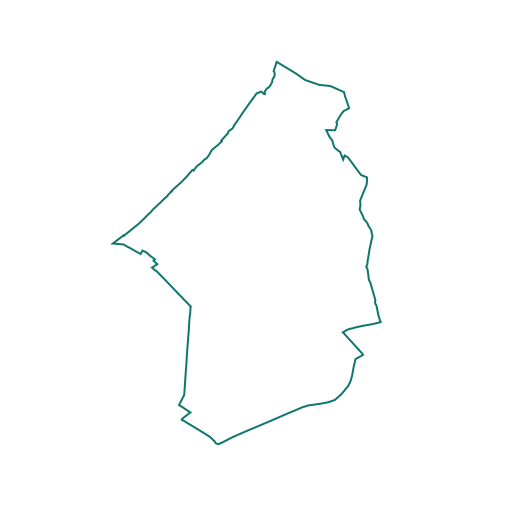 the district of La Paz, México, Mexico, rotated 289°
{"feature_id": "50627088B44247269931048", "entity_name": "La Paz", "entity_type": "district", "adm_level": 2, "iso_a3": "MEX", "parent_name": "Mexico", "parent_adm1": "México", "projection": "robinson", "projection_center": [-98.953, 19.364], "detail": "fine", "context": "isolated", "style": "outline", "palette": "teal", "viewbox_px": 512, "rotation_deg": 289, "n_neighbors": 0, "source": "geoboundaries", "source_scale": "gbopen_adm2", "svg_char_len": 5027}
<svg xmlns="http://www.w3.org/2000/svg" viewBox="0 0 512 512"><g transform="rotate(289 256 256)"><path d="M145.5,377.4L147.9,378.7L150.2,380.1L151.3,380.7L152.1,381.1L152.5,381.4L152.8,381.5L153.1,381.7L163.2,385.5L168.1,386.1L171.2,386.0L174.3,385.8L183.1,384.4L191.0,383.7L192.6,385.2L197.4,389.4L198.7,387.6L199.9,385.3L200.6,384.0L201.7,382.1L202.8,380.1L204.1,377.7L206.3,373.8L206.5,373.4L208.0,370.5L208.6,369.5L210.5,366.0L210.6,365.9L212.1,363.0L215.8,366.1L216.5,366.9L217.6,368.4L219.4,371.3L221.3,374.0L224.2,378.8L226.5,382.9L229.5,388.3L232.1,392.4L233.1,394.0L233.7,394.9L234.0,395.4L234.6,395.2L235.6,394.1L240.3,390.7L242.0,389.7L248.4,386.0L249.0,385.4L249.3,384.7L249.6,384.5L251.3,383.4L252.8,383.4L253.9,382.7L260.8,377.9L268.3,372.6L269.6,371.1L270.9,370.1L272.6,369.3L274.3,368.6L275.7,367.8L277.1,367.1L278.6,366.4L280.3,365.3L280.7,365.0L281.7,363.7L284.5,364.0L287.4,363.2L287.8,363.1L291.1,362.6L292.4,362.4L294.2,362.1L297.6,361.5L298.1,361.3L312.9,359.6L314.5,358.3L317.1,357.1L319.2,355.1L320.6,353.0L323.1,350.8L324.3,349.2L326.1,345.9L328.2,344.4L333.7,338.9L337.9,338.3L342.0,336.5L342.1,336.4L348.6,336.7L354.4,337.1L359.9,337.3L363.9,336.3L366.5,335.2L366.8,328.9L371.2,322.4L373.9,318.6L379.2,310.8L379.9,307.1L375.5,307.0L381.8,301.7L382.5,299.0L384.0,295.1L385.8,293.4L390.4,290.3L391.0,288.9L392.8,286.5L397.9,281.4L400.6,289.8L402.8,289.9L407.2,289.8L408.5,288.5L413.6,289.4L417.7,290.3L421.6,291.7L426.1,295.9L432.7,290.8L436.0,288.2L439.6,285.9L440.9,271.0L438.4,260.1L438.4,245.2L441.6,234.1L446.3,212.3L440.6,212.5L436.5,212.5L435.6,213.7L433.4,214.7L431.8,214.8L430.8,214.8L429.6,214.3L428.0,214.2L426.4,214.5L425.2,214.5L424.1,214.4L422.7,214.0L421.8,214.1L420.8,213.5L419.6,213.2L418.4,212.1L416.5,211.3L415.5,211.1L415.0,210.9L414.6,210.8L414.2,210.8L413.4,211.1L411.9,211.7L411.8,211.2L411.8,210.8L411.9,210.4L412.2,209.7L413.0,208.2L413.1,207.8L413.1,207.3L412.8,206.8L410.9,205.0L410.1,203.7L405.9,202.4L398.0,200.0L387.7,197.0L386.0,196.5L384.6,196.1L383.9,196.0L381.3,195.3L375.2,193.6L371.7,192.6L371.2,192.8L370.5,192.6L370.0,192.4L369.0,192.3L368.0,191.5L366.7,190.8L366.0,190.1L365.1,189.5L362.8,189.4L353.9,185.6L353.4,186.4L351.3,185.3L350.9,185.1L350.5,184.9L349.4,184.3L348.4,183.8L348.2,183.7L346.0,182.2L344.1,181.0L343.3,180.5L342.7,180.3L341.6,179.8L340.9,179.4L340.1,179.3L336.9,178.9L336.0,178.7L334.1,178.0L333.3,177.9L332.4,177.5L330.8,176.2L329.0,175.1L328.1,174.9L327.8,174.8L327.0,174.5L326.5,174.1L326.0,173.7L325.5,173.5L322.6,171.4L320.9,170.6L318.0,169.6L316.5,169.3L316.7,167.9L313.0,166.4L309.6,165.1L301.8,161.5L300.7,160.9L294.5,157.4L292.4,156.2L290.8,155.5L289.3,154.7L289.2,155.0L285.1,152.8L283.6,152.7L282.0,151.5L281.6,151.3L280.7,150.8L279.9,150.4L278.4,149.7L277.9,149.5L276.6,148.8L274.8,147.9L273.1,146.9L271.8,146.3L270.1,145.4L267.5,144.0L266.4,143.4L264.8,142.8L263.3,142.2L262.3,141.8L261.0,140.9L260.6,140.7L260.3,140.6L257.7,139.3L254.7,137.9L249.2,135.1L248.8,134.9L232.1,124.5L232.4,124.0L232.2,123.9L221.2,116.6L223.5,125.9L223.8,127.0L222.7,132.4L222.8,132.8L222.2,136.1L221.8,138.1L220.7,143.9L220.5,145.4L220.3,146.2L221.5,146.4L222.0,146.5L224.2,146.9L224.1,147.9L223.9,149.0L223.8,150.2L223.5,152.1L223.2,152.3L222.2,154.9L222.0,155.1L221.6,156.2L220.8,158.8L219.9,161.5L218.6,160.9L218.1,160.7L217.8,161.5L217.5,162.2L217.1,163.3L216.2,165.4L215.3,164.8L214.0,163.6L213.0,162.9L211.2,161.4L210.1,163.9L209.5,165.3L209.6,166.1L208.2,169.2L206.5,172.5L205.7,174.2L204.9,175.8L204.6,176.4L203.8,177.9L197.8,189.5L197.0,191.1L194.9,195.1L193.6,197.7L192.4,200.1L191.9,200.9L187.0,210.8L185.7,210.9L184.0,211.4L180.1,212.5L179.2,212.7L178.2,212.9L177.7,213.0L177.1,213.1L176.6,213.2L174.5,213.7L174.2,213.8L173.3,214.0L169.9,214.9L169.7,215.0L167.5,215.6L166.9,215.8L164.8,216.4L163.1,216.8L162.6,217.0L161.7,217.2L161.0,217.4L159.9,217.6L159.0,217.9L157.4,218.3L157.2,218.3L156.9,218.4L156.0,218.6L154.4,219.1L153.4,219.4L152.2,219.6L151.1,219.9L149.6,220.3L149.0,220.5L148.1,220.7L146.0,221.3L145.1,221.5L144.2,221.7L143.1,222.1L142.9,222.1L141.0,222.6L139.5,223.0L139.0,223.1L138.5,223.3L134.9,224.3L132.8,224.9L131.8,225.2L131.3,225.3L130.9,225.4L129.3,225.8L128.6,226.0L126.8,226.5L125.5,226.8L124.8,227.0L123.2,227.4L121.4,227.9L120.7,228.1L118.8,228.6L116.7,229.2L114.8,229.7L114.7,229.8L114.4,229.8L112.9,230.2L112.7,230.3L111.4,230.6L110.7,230.8L109.9,231.0L108.6,231.4L108.4,231.4L107.2,231.8L106.5,232.0L105.9,232.1L102.9,232.9L100.9,233.4L99.6,233.1L97.7,232.8L96.4,232.7L94.6,232.4L94.3,232.4L91.6,232.0L90.0,231.8L89.5,234.0L89.0,236.2L88.5,238.0L86.7,244.9L85.4,244.0L83.7,242.9L80.4,240.7L78.7,239.6L78.3,239.4L76.2,238.8L76.6,239.2L76.8,241.3L76.3,242.7L74.7,250.4L72.4,261.0L70.0,271.3L67.2,277.4L66.2,278.3L65.8,279.6L65.7,281.5L66.8,282.8L68.9,285.0L73.8,289.7L77.9,293.7L85.2,301.6L91.2,308.3L94.8,312.3L99.3,317.3L105.4,324.1L107.9,326.8L113.0,332.4L117.2,337.0L123.6,344.2L127.9,348.9L131.8,354.2L134.3,359.2L137.1,364.6L140.9,371.4L145.5,377.4Z" fill="none" stroke="#0f766e" stroke-width="2"/></g></svg>